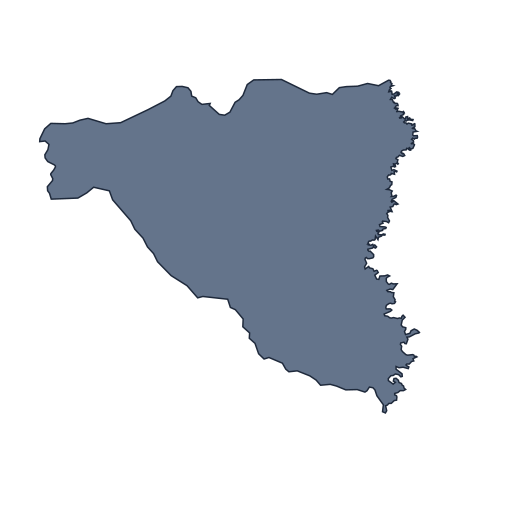 outline of Obo, Haut-Mbomou, Central African Republic, rotated 256°
{"feature_id": "33826404B40761150188578", "entity_name": "Obo", "entity_type": "district", "adm_level": 2, "iso_a3": "CAF", "parent_name": "Central African Republic", "parent_adm1": "Haut-Mbomou", "projection": "natural_earth1", "projection_center": [26.309, 5.539], "detail": "fine", "context": "isolated", "style": "filled", "palette": "slate", "viewbox_px": 512, "rotation_deg": 256, "n_neighbors": 0, "source": "geoboundaries", "source_scale": "gbopen_adm2", "svg_char_len": 6105}
<svg xmlns="http://www.w3.org/2000/svg" viewBox="0 0 512 512"><g transform="rotate(256 256 256)"><path d="M434.3,89.0L430.5,81.7L422.1,74.7L419.3,73.8L418.6,79.2L414.4,82.1L409.5,79.8L405.3,75.6L402.2,75.1L398.0,76.8L393.1,82.5L392.0,83.1L390.9,82.9L388.3,80.5L385.6,76.9L384.6,76.5L380.3,77.5L378.4,76.8L373.7,70.3L369.7,69.6L366.8,70.8L360.7,71.1L355.3,97.2L358.2,107.1L362.0,115.1L354.7,129.5L345.2,130.5L320.5,143.0L311.3,144.9L300.7,150.7L291.1,152.9L283.1,157.2L274.2,159.1L257.5,168.9L243.9,181.9L229.5,189.3L229.6,194.6L220.9,218.1L212.3,218.7L208.9,223.0L198.0,228.3L190.5,226.1L182.9,231.2L177.8,229.6L171.5,233.9L160.5,234.9L154.1,238.9L154.4,244.0L145.6,255.7L139.0,257.5L135.7,259.9L134.6,268.2L126.7,279.2L121.1,284.3L115.0,287.4L113.5,297.0L110.3,302.7L104.4,310.7L101.9,321.9L97.6,328.8L98.4,331.1L101.4,334.3L99.9,337.6L97.3,339.0L91.1,339.5L80.8,343.6L74.3,341.1L72.4,343.6L74.3,345.4L79.4,345.5L79.6,347.5L80.8,349.1L80.3,351.6L82.3,355.2L82.1,357.5L85.1,358.6L86.5,358.5L87.7,357.0L89.1,357.3L89.2,360.6L90.5,363.3L89.7,366.5L90.3,368.9L92.0,367.7L94.2,367.7L95.4,366.6L97.1,366.3L98.6,364.2L101.1,364.0L103.5,362.3L103.7,360.2L101.4,359.0L99.7,360.6L98.5,358.1L103.1,354.3L105.0,354.7L107.2,357.9L106.9,360.2L107.8,362.7L106.4,365.7L103.7,367.3L103.8,368.8L106.4,369.2L112.3,364.5L114.9,365.2L113.0,367.7L112.5,371.8L109.9,376.5L111.4,377.5L113.5,375.3L114.3,375.4L114.7,376.2L114.1,378.6L116.0,381.5L116.0,383.7L118.4,383.5L119.2,387.7L120.0,387.0L120.2,385.4L121.6,385.2L122.4,384.3L123.1,379.1L124.0,377.6L127.8,375.0L130.1,374.2L133.2,375.5L135.3,374.7L136.6,375.4L136.6,378.7L135.0,379.3L134.5,380.6L138.5,383.3L140.8,382.8L140.4,385.2L142.0,391.7L141.9,395.4L142.3,396.1L144.9,394.4L146.9,391.9L146.0,388.4L143.8,386.6L143.6,382.1L146.8,381.8L148.7,383.6L150.2,384.0L151.8,381.1L153.9,380.2L158.4,382.4L160.5,385.8L163.0,384.4L162.2,383.0L160.4,381.9L161.2,380.2L161.1,378.2L163.0,374.5L163.0,372.4L163.7,370.8L165.7,369.2L166.9,366.4L168.7,366.3L169.8,373.1L170.7,374.7L172.2,373.6L173.1,369.6L174.8,369.5L176.6,370.6L177.7,373.6L177.6,375.3L176.7,376.4L176.5,378.9L177.8,380.3L178.5,379.6L180.0,380.4L183.2,379.4L187.0,380.9L187.8,378.6L188.8,377.8L189.5,375.3L191.0,374.6L191.5,378.2L190.3,380.6L194.9,386.2L195.7,382.5L196.9,380.7L196.2,378.5L196.7,377.6L199.6,376.3L202.6,376.9L203.6,378.1L204.3,380.8L205.8,379.1L205.6,376.0L206.6,371.4L203.6,369.5L204.4,367.5L208.7,366.6L210.4,370.6L212.5,370.1L213.0,369.5L212.6,366.9L215.4,366.3L217.0,363.3L218.6,362.8L217.0,358.8L219.2,358.7L222.2,361.6L226.4,360.9L227.6,361.6L227.9,362.7L226.5,363.5L226.0,365.2L225.9,368.9L226.8,370.0L228.9,370.5L233.2,367.9L233.2,366.8L234.4,366.0L235.5,366.1L235.5,370.9L236.9,372.5L235.6,372.7L234.8,373.9L235.7,375.2L238.0,373.9L237.8,372.4L239.1,372.1L238.6,370.1L239.5,368.0L240.0,368.6L240.6,367.2L241.5,368.3L242.2,368.2L243.1,369.4L242.7,370.8L243.4,372.8L242.8,374.4L243.1,375.5L246.4,376.8L242.4,378.3L244.5,379.3L245.0,382.7L245.9,383.4L245.1,386.1L245.8,386.5L246.6,384.9L246.1,383.1L247.2,379.9L248.5,379.8L248.9,380.8L249.6,380.9L250.8,379.1L251.7,379.0L251.6,381.0L250.1,382.1L250.2,385.0L251.0,385.1L251.4,386.1L251.3,388.6L252.2,389.2L253.0,388.2L254.6,383.4L256.6,383.4L257.1,387.2L258.6,386.8L259.2,387.3L257.9,390.9L256.2,392.7L257.7,394.0L261.5,393.0L263.5,393.8L265.6,393.1L266.7,394.9L268.2,395.1L268.0,396.5L266.8,396.2L267.3,397.7L266.4,397.9L266.1,398.8L271.0,398.0L270.9,400.7L272.8,402.4L272.9,403.5L271.9,404.5L272.1,406.3L276.3,403.1L276.5,402.1L275.7,402.1L275.3,400.8L276.1,400.4L278.0,401.7L279.0,405.9L280.7,407.0L281.2,406.6L280.6,403.8L281.0,401.7L281.5,402.4L284.6,402.5L286.1,403.9L288.1,401.4L289.0,399.0L289.9,401.9L291.9,403.6L292.4,405.0L295.0,405.9L296.1,404.2L298.5,404.2L298.8,402.5L301.0,402.5L302.5,404.2L302.1,405.6L302.5,406.8L303.4,407.2L301.8,410.2L304.3,410.4L304.3,411.9L303.6,412.8L304.2,413.3L306.4,410.7L306.2,408.5L309.7,408.4L309.9,411.3L308.9,411.7L309.0,413.0L310.2,413.1L311.4,411.7L312.2,411.7L311.6,413.1L311.9,415.0L310.8,415.8L311.1,416.4L312.7,415.7L315.1,417.0L316.6,415.3L317.7,416.1L317.8,417.7L319.0,419.5L317.1,422.5L317.5,424.6L319.4,424.1L320.3,423.2L319.9,422.7L321.6,421.8L322.7,422.8L323.2,424.8L322.6,427.3L324.0,428.2L323.3,429.9L324.1,431.0L323.5,431.4L322.5,429.8L321.4,430.9L321.3,431.7L322.2,431.8L322.5,434.3L325.6,436.7L327.0,435.9L327.4,433.4L328.4,436.5L329.9,436.6L331.6,435.2L332.5,436.6L331.1,438.1L331.8,438.8L331.3,440.8L332.2,441.5L333.8,441.6L334.6,437.8L335.6,437.4L338.3,438.4L338.0,442.4L338.7,441.5L341.4,440.7L341.6,439.1L342.1,438.7L343.1,441.5L345.8,442.1L346.1,441.6L345.1,439.9L345.2,438.9L346.5,439.1L348.1,435.9L347.5,434.4L348.9,433.7L349.3,432.2L350.3,431.7L351.3,433.5L350.6,434.2L351.2,435.9L350.8,438.1L349.5,440.8L350.4,441.4L351.3,439.0L352.8,438.5L352.3,436.5L354.6,436.8L354.6,435.0L353.0,434.5L352.8,433.7L355.5,431.7L354.8,430.4L355.0,428.8L355.5,428.7L356.5,430.8L357.0,430.5L357.6,433.5L358.8,433.6L358.8,434.5L359.3,434.5L360.6,434.0L360.2,433.1L361.8,429.8L362.1,426.9L362.4,428.4L363.8,428.5L364.9,429.6L365.6,428.3L364.7,427.2L365.9,426.2L366.1,427.1L366.6,426.9L367.9,428.5L367.5,430.2L369.1,430.3L370.0,429.8L370.4,427.8L371.6,427.5L371.6,426.6L374.9,426.1L375.4,424.3L377.2,426.1L375.3,428.1L375.3,428.9L375.7,429.4L377.8,429.1L377.3,430.6L378.0,431.1L377.1,432.7L378.0,433.9L378.5,432.8L379.5,432.5L379.4,434.4L380.3,434.0L381.2,432.2L379.8,429.1L379.9,427.2L383.1,427.5L383.7,426.8L383.1,426.1L383.2,424.5L385.1,425.7L385.9,427.5L387.0,426.7L387.9,427.3L388.1,430.2L389.0,428.6L390.5,429.6L391.8,428.5L392.6,429.0L394.0,428.5L394.5,427.2L391.6,416.1L396.4,406.0L396.2,395.6L398.5,384.7L399.2,377.6L394.3,369.2L397.4,364.1L398.3,354.0L401.1,347.2L421.1,323.4L427.4,296.4L424.5,289.0L415.0,282.2L411.7,277.4L410.2,272.9L401.9,265.5L400.2,259.7L402.3,254.6L413.4,247.1L415.1,248.4L416.2,240.2L419.7,237.1L424.1,235.8L426.7,232.3L431.5,232.7L435.7,230.7L438.4,225.4L439.6,219.8L436.5,215.4L431.7,212.1L428.5,205.0L424.1,186.6L418.1,156.9L420.6,142.5L430.2,126.3L430.4,118.1L429.4,110.4L430.5,102.8L434.3,89.0Z" fill="#64748b" stroke="#1e293b" stroke-width="1.5"/></g></svg>